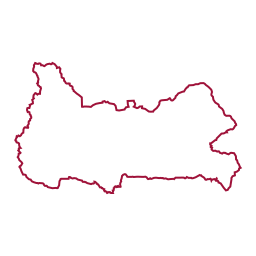 the district of Det Khi Na, Mandalay, Myanmar
{"feature_id": "60261553B61671453611956", "entity_name": "Det Khi Na", "entity_type": "district", "adm_level": 2, "iso_a3": "MMR", "parent_name": "Myanmar", "parent_adm1": "Mandalay", "projection": "orthographic", "projection_center": [96.227, 19.679], "detail": "fine", "context": "isolated", "style": "outline", "palette": "rose", "viewbox_px": 256, "rotation_deg": 0, "n_neighbors": 0, "source": "geoboundaries", "source_scale": "gbopen_adm2", "svg_char_len": 5782}
<svg xmlns="http://www.w3.org/2000/svg" viewBox="0 0 256 256"><path d="M174.2,179.0L175.5,177.7L183.1,177.6L184.0,177.7L184.6,178.2L185.3,178.3L185.9,178.0L186.8,177.0L188.6,177.9L191.3,177.9L191.5,178.2L192.7,178.3L195.6,177.3L199.7,175.0L200.5,175.5L201.1,175.3L201.9,176.3L203.6,177.3L204.3,177.9L205.4,179.6L206.1,179.8L207.0,179.5L207.4,179.1L209.0,179.2L210.5,178.7L211.0,179.2L211.4,180.5L211.6,180.1L212.6,179.5L214.3,179.1L214.8,179.6L215.5,179.6L216.6,178.4L216.8,178.8L216.0,180.0L216.0,180.7L217.9,180.9L218.6,182.0L218.5,182.5L220.7,183.4L223.6,187.6L225.9,190.4L227.7,189.9L228.6,188.3L230.3,186.6L231.5,179.1L231.4,178.1L232.6,176.2L234.9,175.4L234.7,172.3L236.8,171.7L238.9,170.1L239.1,168.5L240.6,167.8L239.8,166.7L238.9,164.3L237.7,162.8L237.1,160.3L236.1,159.5L235.9,156.2L234.1,153.2L231.1,152.8L230.4,153.0L228.6,154.3L226.2,153.5L225.5,152.9L224.8,153.0L224.1,152.7L223.2,152.8L222.2,153.6L219.8,152.7L219.2,151.6L218.8,151.3L217.9,151.3L217.2,151.6L215.4,150.7L213.2,150.9L211.6,149.5L211.6,148.8L212.1,147.8L210.7,147.1L210.7,146.7L211.6,145.9L210.2,144.6L210.2,143.3L211.1,143.3L215.1,140.2L216.3,140.0L216.7,138.4L221.5,133.6L223.8,133.4L225.9,132.3L226.9,132.3L226.4,131.3L227.5,130.4L230.7,129.2L232.4,129.4L233.1,129.0L233.9,128.0L235.0,126.0L236.2,125.1L236.0,124.0L235.0,122.6L234.7,121.4L231.6,118.4L230.9,116.6L230.2,116.0L229.4,115.7L226.2,115.8L224.6,114.7L223.8,112.6L223.5,111.0L222.2,108.9L219.0,106.5L218.7,104.9L218.3,104.4L215.5,102.7L214.9,102.0L213.4,99.7L212.9,96.7L211.8,95.7L211.4,95.0L211.4,94.1L212.0,92.0L211.5,90.2L211.0,89.4L208.8,87.2L207.6,86.2L205.9,85.0L204.8,83.8L203.6,83.1L200.3,83.2L198.1,84.2L195.7,84.2L193.3,85.1L189.4,85.3L188.8,85.5L187.6,87.3L186.7,87.5L186.4,88.1L185.6,88.9L184.0,91.5L182.6,91.7L178.3,93.4L176.9,95.2L175.7,96.2L175.4,97.8L173.0,100.2L172.3,100.5L171.4,100.4L170.7,99.7L170.1,98.4L169.7,98.2L167.3,99.8L161.8,100.3L160.4,100.7L159.3,102.3L159.5,103.0L159.1,104.8L156.8,108.0L154.2,110.1L153.6,110.7L153.2,111.6L150.5,111.7L148.8,111.5L145.2,108.9L142.0,108.2L142.1,106.4L139.7,106.5L138.3,107.7L137.0,108.1L133.8,106.7L134.7,105.7L135.2,104.1L135.1,103.5L134.2,102.2L133.8,100.7L127.6,101.0L127.9,104.7L128.6,106.8L126.0,107.3L125.4,108.3L124.9,108.7L124.6,109.5L119.1,110.5L116.5,110.1L115.6,105.9L114.0,104.1L109.3,103.3L107.7,101.8L107.1,102.2L105.8,102.3L104.6,101.1L102.6,101.6L102.5,102.7L99.4,103.1L96.0,103.8L93.0,105.2L90.9,106.9L88.3,106.6L84.3,106.5L83.0,106.8L82.0,106.7L81.8,97.4L78.7,94.9L76.8,93.6L74.2,91.3L73.7,91.1L73.7,90.3L72.5,88.8L72.6,87.4L72.4,86.7L71.3,85.9L70.3,85.8L69.5,84.6L69.7,83.6L68.8,83.4L66.9,83.6L66.0,83.2L65.4,82.5L65.1,81.5L64.1,80.8L64.0,79.0L63.7,78.3L62.1,77.7L61.6,77.2L61.6,76.1L61.4,75.3L61.6,74.2L61.0,73.7L60.1,72.2L60.1,70.1L60.4,68.9L59.2,67.3L56.9,68.0L56.8,66.7L54.6,64.1L52.4,63.0L51.9,63.9L51.0,64.3L49.7,63.7L47.5,64.1L46.3,64.6L44.5,66.1L44.1,66.1L42.5,65.2L41.1,65.3L40.5,63.7L39.6,63.4L38.7,63.5L38.2,63.9L37.0,63.8L36.2,63.6L35.7,63.1L35.2,63.0L35.1,63.4L33.9,65.2L34.1,66.7L33.2,69.1L33.3,70.1L33.1,70.9L34.2,72.2L35.0,72.3L35.8,72.8L36.7,74.4L37.1,75.6L37.5,75.9L37.6,76.8L38.4,78.4L38.5,79.4L37.9,81.4L38.2,82.1L38.0,82.6L37.6,82.8L37.2,83.4L37.8,83.8L37.7,84.7L38.2,85.5L39.0,85.8L39.8,86.9L40.6,87.1L41.0,88.4L40.1,91.3L40.0,93.8L38.3,93.8L37.4,94.6L35.8,93.2L35.3,93.1L33.6,95.2L33.3,97.5L33.9,98.4L32.2,99.9L32.8,101.5L32.9,103.4L29.7,104.9L30.1,105.5L29.4,108.0L28.2,107.9L27.3,108.2L27.0,110.0L27.7,112.0L28.3,111.8L29.4,112.2L29.8,114.4L30.8,115.3L30.7,116.0L31.3,117.0L31.2,118.0L30.1,119.0L30.1,120.4L28.8,121.3L28.6,122.4L28.8,123.8L27.4,126.0L28.2,127.2L28.0,127.8L25.7,127.6L25.1,127.2L24.5,127.6L24.1,128.0L23.5,129.4L23.3,132.7L22.6,133.0L21.5,134.1L21.0,135.3L19.8,136.2L18.4,135.5L17.3,136.8L16.7,136.4L16.3,138.2L15.4,140.0L15.4,140.5L16.3,141.2L16.2,141.5L16.6,142.4L18.4,142.9L19.1,143.6L19.1,144.9L19.5,146.6L20.5,147.9L19.2,148.0L18.7,148.9L19.0,149.7L18.3,150.5L20.5,152.8L20.3,153.2L18.7,153.7L18.7,154.3L18.4,156.0L17.7,157.1L18.8,158.6L19.3,160.1L21.5,162.1L22.3,163.3L21.0,165.6L19.8,166.2L19.4,166.9L20.5,168.4L21.4,171.1L23.1,174.6L24.4,174.6L25.6,174.9L26.1,175.9L26.4,176.9L28.9,179.2L30.7,179.6L31.8,181.3L33.8,182.2L36.4,183.0L37.4,183.0L38.3,183.5L39.1,183.0L42.8,183.3L43.7,184.0L44.0,184.9L44.8,185.8L45.6,185.9L46.2,185.7L46.8,185.9L47.8,187.1L52.4,188.2L56.1,187.9L57.1,188.2L57.9,187.9L58.1,187.1L59.1,185.4L59.5,181.2L60.4,179.7L60.5,179.1L61.1,178.8L68.6,178.8L69.0,177.1L69.7,177.0L70.5,177.3L70.9,177.9L72.7,178.5L74.0,178.1L76.2,178.4L77.9,179.6L82.1,180.6L82.6,181.7L82.9,181.9L84.7,181.8L85.2,182.2L85.7,182.1L87.2,183.1L91.1,184.1L92.5,183.5L93.6,183.6L94.7,182.6L94.5,181.7L95.1,181.8L96.7,183.2L96.8,183.8L97.7,184.1L97.7,184.4L98.5,184.9L99.9,187.3L101.2,187.3L101.7,188.1L102.3,188.0L102.7,188.6L104.3,189.2L104.0,190.2L104.6,191.3L105.4,191.1L106.3,191.7L106.8,192.7L107.1,193.0L107.9,192.6L108.2,192.1L108.6,192.3L109.1,192.2L109.4,192.4L109.8,192.1L110.3,192.3L110.9,193.0L112.8,193.0L112.6,192.6L113.1,191.5L112.8,190.5L113.4,190.4L113.7,190.1L113.8,189.6L113.7,188.2L114.3,187.9L114.4,187.3L114.7,186.7L115.6,186.8L115.9,186.4L116.7,187.1L117.1,186.9L117.5,186.1L117.9,186.0L117.9,186.9L119.3,186.7L120.1,186.9L120.6,186.7L120.1,184.3L120.4,182.7L121.2,181.4L120.9,180.3L121.6,178.5L122.1,175.8L122.8,175.3L123.1,174.8L124.6,174.2L125.6,174.3L127.0,176.0L127.1,176.6L127.9,176.9L131.7,176.9L132.8,176.7L133.7,177.0L137.4,176.7L143.3,176.9L145.5,176.7L146.7,177.4L147.6,178.7L148.1,179.1L149.2,178.9L149.8,178.4L150.3,178.3L150.7,178.8L151.4,178.9L153.9,177.9L155.9,177.7L159.1,178.1L160.8,177.9L161.2,178.1L162.9,178.0L163.2,178.4L164.1,178.6L165.8,178.4L167.7,179.2L168.3,179.2L168.7,179.3L169.6,179.1L174.0,178.8L174.2,179.0Z" fill="none" stroke="#9f1239" stroke-width="2"/></svg>